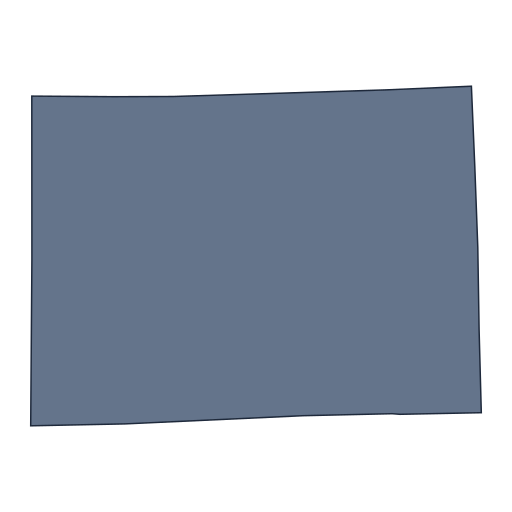 Washtenaw, Michigan, United States of America (Robinson projection)
{"feature_id": "52423323B44237705937430", "entity_name": "Washtenaw", "entity_type": "district", "adm_level": 2, "iso_a3": "USA", "parent_name": "United States of America", "parent_adm1": "Michigan", "projection": "robinson", "projection_center": [-83.81, 42.253], "detail": "fine", "context": "isolated", "style": "filled", "palette": "slate", "viewbox_px": 512, "rotation_deg": 0, "n_neighbors": 0, "source": "geoboundaries", "source_scale": "gbopen_adm2", "svg_char_len": 314}
<svg xmlns="http://www.w3.org/2000/svg" viewBox="0 0 512 512"><path d="M31.8,96.1L31.9,259.1L30.7,425.8L124.9,423.9L303.0,415.7L392.2,413.7L399.8,414.3L481.3,412.7L479.1,329.8L477.8,247.5L474.8,166.5L471.4,86.2L385.7,89.9L173.3,96.5L113.6,96.7L31.8,96.1Z" fill="#64748b" stroke="#1e293b" stroke-width="1.5"/></svg>